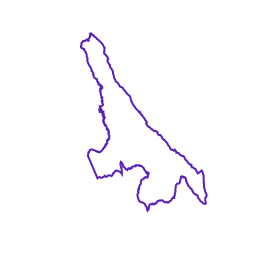 the district of Leoncio Prado, Huánuco, Peru, rotated 335°
{"feature_id": "86281439B17589046188801", "entity_name": "Leoncio Prado", "entity_type": "district", "adm_level": 2, "iso_a3": "PER", "parent_name": "Peru", "parent_adm1": "Huánuco", "projection": "equal_earth", "projection_center": [-76.069, -8.961], "detail": "fine", "context": "isolated", "style": "outline", "palette": "violet", "viewbox_px": 256, "rotation_deg": 335, "n_neighbors": 0, "source": "geoboundaries", "source_scale": "gbopen_adm2", "svg_char_len": 5977}
<svg xmlns="http://www.w3.org/2000/svg" viewBox="0 0 256 256"><g transform="rotate(335 128 128)"><path d="M119.4,35.2L120.5,37.0L121.2,37.3L121.7,38.1L121.2,39.0L121.8,41.1L121.5,42.0L121.7,43.7L120.6,46.0L120.8,47.8L119.5,49.8L119.5,51.3L119.2,51.8L119.4,55.5L119.7,56.7L119.7,59.3L119.5,60.5L119.1,61.1L119.5,61.9L119.7,63.8L119.3,64.9L119.0,64.9L119.2,65.4L118.7,67.0L118.7,68.0L120.0,70.5L120.4,70.6L119.9,72.8L120.0,73.5L120.3,73.7L120.0,74.5L120.4,75.2L120.2,75.9L119.9,76.0L120.4,76.7L120.3,77.4L120.7,78.0L121.1,77.6L121.4,78.3L121.5,78.1L121.9,78.5L121.9,79.8L121.7,80.6L121.2,80.4L121.2,81.0L120.9,81.1L120.5,80.3L120.4,80.6L120.0,80.4L119.7,80.9L119.3,80.8L119.1,81.2L119.3,82.0L119.0,82.2L119.0,81.8L118.2,82.5L118.2,83.0L118.5,83.7L117.5,85.6L117.6,86.3L117.3,87.3L117.4,88.6L116.9,89.0L117.5,89.4L116.6,91.3L116.3,92.7L115.5,92.5L115.2,94.1L115.5,94.5L115.1,96.4L114.2,96.9L113.3,96.7L112.6,97.1L111.5,96.5L111.1,98.8L110.6,99.3L109.7,99.0L109.5,101.1L108.5,101.8L109.9,101.6L110.0,100.7L110.4,100.9L110.5,101.5L110.7,101.1L111.6,100.5L111.5,101.5L111.8,102.2L112.4,102.6L111.6,103.1L112.2,103.5L111.7,104.4L110.9,104.5L111.0,105.2L111.5,105.4L111.1,105.7L111.3,107.0L110.6,106.8L110.9,107.4L110.7,108.2L111.1,108.2L111.2,108.5L110.4,108.4L110.7,109.2L109.7,109.6L109.1,110.2L109.4,110.5L109.0,110.8L108.7,110.7L108.5,112.4L108.8,112.7L108.5,113.2L108.2,113.0L108.2,114.6L108.6,115.0L108.4,115.5L109.0,115.7L108.5,116.7L109.1,117.6L108.9,118.6L108.5,119.5L109.0,120.3L108.4,120.6L109.4,121.5L109.1,122.9L108.9,122.5L107.6,125.7L107.9,126.6L107.8,127.4L106.7,128.7L106.5,129.7L105.3,129.7L105.2,130.5L103.7,130.4L102.8,133.0L102.4,133.4L101.6,133.4L100.8,133.9L100.6,133.6L99.9,134.3L99.9,134.8L99.2,135.0L98.8,135.5L98.3,135.4L97.6,136.0L96.8,136.0L96.6,136.6L93.4,137.9L91.7,138.0L91.3,137.2L90.5,136.9L90.4,136.1L89.5,136.0L88.7,134.6L86.1,132.0L83.9,131.9L82.6,133.4L82.0,133.2L81.6,133.6L80.9,135.0L79.9,136.0L79.1,160.7L81.0,160.3L81.7,160.6L82.2,161.5L83.4,162.1L86.1,161.8L86.9,161.5L87.6,163.2L90.3,162.7L91.3,163.1L92.8,164.6L94.2,164.0L95.4,162.7L96.7,162.6L98.1,161.6L99.1,161.5L99.7,161.7L100.0,162.4L100.7,162.6L101.5,163.8L102.3,164.3L102.7,165.2L103.0,167.1L104.7,163.3L105.3,159.1L105.9,157.5L106.3,156.6L107.2,155.7L107.9,157.4L107.7,159.7L107.3,160.8L107.6,160.9L108.3,162.4L108.6,164.4L109.6,165.7L110.0,165.2L110.5,165.3L110.9,164.8L111.6,164.7L112.3,165.1L112.4,165.9L112.7,166.1L113.7,165.7L114.5,165.9L114.8,165.0L117.6,165.3L118.5,165.9L118.8,165.2L119.7,165.0L120.9,166.1L121.6,166.1L122.1,166.9L123.0,166.8L123.2,167.7L124.1,168.1L125.3,171.0L125.2,172.6L125.4,173.9L125.8,174.7L125.6,175.6L125.9,177.2L126.3,177.2L126.5,176.6L126.9,176.5L127.5,176.8L127.6,177.7L126.9,178.4L126.7,179.0L125.4,179.8L125.5,180.4L124.5,181.2L123.2,180.0L122.5,180.2L122.1,179.9L120.4,180.9L119.2,180.7L118.0,180.9L117.4,181.6L115.8,184.2L114.2,185.0L112.8,186.7L112.6,187.3L112.0,187.4L112.0,187.7L111.6,188.0L111.8,188.3L110.2,189.8L110.4,190.7L110.3,191.0L108.9,191.7L108.1,192.8L108.0,193.8L107.6,194.7L107.5,196.7L107.2,198.7L108.2,200.6L110.1,202.0L111.1,203.8L111.1,206.1L111.4,207.4L110.7,211.1L112.2,210.4L112.8,209.7L113.0,208.9L113.5,208.7L114.8,206.9L115.7,206.6L116.8,206.8L117.3,207.3L117.8,206.7L118.2,206.7L119.1,208.2L119.9,208.4L120.7,207.6L122.0,208.2L122.9,207.2L123.7,206.8L124.9,207.1L126.0,206.9L126.9,207.6L127.4,207.5L128.5,208.0L129.8,210.8L131.9,211.5L132.0,212.1L132.9,212.6L134.0,212.1L136.5,211.9L137.6,210.9L139.3,210.1L139.6,210.7L140.3,210.9L140.6,209.7L142.0,208.9L142.1,208.0L144.0,205.9L145.3,203.1L146.1,202.2L146.6,201.0L147.2,200.2L149.1,199.2L151.1,199.9L152.2,199.1L153.0,197.5L154.2,196.4L155.3,194.7L155.7,194.9L156.1,194.5L157.0,195.1L157.4,196.0L157.6,195.6L158.9,197.0L159.0,198.0L158.7,198.9L158.8,199.6L158.2,200.5L158.4,200.7L158.2,202.1L158.4,202.7L158.1,203.4L158.4,204.4L158.1,205.6L158.9,207.4L158.8,208.0L159.2,209.3L159.7,209.9L159.6,210.5L159.9,211.2L159.7,212.5L160.0,212.8L159.8,213.7L160.0,214.9L160.9,216.3L161.0,216.8L161.5,216.9L162.5,218.8L162.1,219.6L162.2,220.5L162.1,221.4L162.5,222.3L162.7,224.4L163.1,225.7L163.7,226.3L164.2,228.0L165.2,229.1L166.2,229.5L167.0,228.7L167.4,226.4L168.7,223.7L170.1,223.3L171.0,221.7L171.1,218.2L171.9,214.0L172.2,212.8L173.1,211.4L173.1,210.3L173.7,209.8L174.2,207.9L176.4,203.2L176.9,199.2L176.8,197.6L172.9,198.7L172.0,198.6L172.2,197.3L171.8,195.4L171.9,193.7L171.1,193.0L170.3,191.2L169.4,190.9L169.2,190.3L169.4,189.1L169.9,188.1L168.9,187.5L168.8,186.8L168.0,186.0L167.4,182.6L166.8,181.7L166.9,180.9L166.6,180.2L166.7,178.0L166.3,176.9L165.2,176.4L165.1,175.5L164.0,174.8L163.7,174.2L163.5,172.6L162.9,171.8L161.3,170.8L161.8,169.9L161.3,167.6L160.4,168.2L160.0,168.0L159.0,166.2L158.4,166.2L157.6,165.4L157.7,162.7L157.1,160.4L157.2,159.1L156.9,157.5L156.1,154.6L154.7,152.4L154.9,150.1L154.3,148.0L153.6,147.9L152.8,147.2L152.5,145.5L152.7,144.9L152.8,143.6L152.1,143.1L151.5,142.0L150.3,141.8L149.5,139.6L148.6,138.9L148.1,136.8L147.5,135.7L147.1,135.6L146.6,134.4L146.3,131.5L147.3,131.1L147.6,129.8L147.0,128.3L146.9,126.3L146.1,122.9L146.3,122.4L145.3,121.0L145.7,120.4L145.3,119.5L145.5,118.3L144.5,118.0L144.4,116.3L143.3,113.8L143.1,111.4L142.5,110.0L142.6,108.7L142.3,105.8L142.6,105.2L142.4,104.4L143.2,100.2L141.5,96.1L141.1,93.5L140.2,91.2L140.4,89.8L139.4,88.2L138.3,87.3L137.9,83.2L136.6,80.4L136.8,78.9L136.5,77.2L137.3,74.2L137.4,72.1L138.1,71.0L138.2,69.1L138.0,68.1L138.1,67.4L137.6,65.9L137.6,64.6L138.3,63.5L137.9,62.6L137.6,58.7L138.1,57.7L139.2,57.3L139.4,56.7L139.2,54.7L139.3,54.3L139.1,53.4L138.6,53.0L138.3,50.9L137.9,50.5L138.2,50.0L138.2,49.3L139.0,48.4L139.8,46.5L140.8,45.7L140.4,44.4L140.4,41.3L138.4,35.7L137.5,34.3L137.2,32.6L135.9,30.7L136.0,29.3L134.9,28.8L134.7,27.1L134.5,26.6L133.5,26.5L132.5,28.8L131.9,29.0L131.2,30.2L129.8,30.5L129.5,31.1L129.4,32.2L128.7,32.1L127.9,30.4L125.8,31.0L124.2,30.1L123.5,30.8L121.7,31.3L120.9,33.3L120.2,33.6L119.4,35.2Z" fill="none" stroke="#5b21b6" stroke-width="2"/></g></svg>